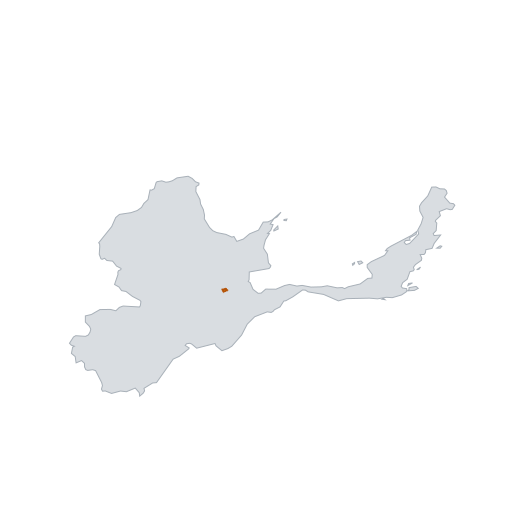 Bang Pahan, Phra Nakhon Si Ayutthaya, Thailand (highlighted), rotated 253°
{"feature_id": "78962969B12192393501307", "entity_name": "Bang Pahan", "entity_type": "district", "adm_level": 2, "iso_a3": "THA", "parent_name": "Thailand", "parent_adm1": "Phra Nakhon Si Ayutthaya", "projection": "robinson", "projection_center": [100.543, 14.478], "detail": "fine", "context": "in_parent", "style": "filled", "palette": "amber", "viewbox_px": 512, "rotation_deg": 253, "n_neighbors": 0, "source": "geoboundaries", "source_scale": "gbopen_adm2", "svg_char_len": 4684}
<svg xmlns="http://www.w3.org/2000/svg" viewBox="0 0 512 512"><g transform="rotate(253 256 256)"><path d="M222.4,54.0L222.8,55.9L224.7,53.3L227.1,52.1L231.9,57.8L232.5,60.3L229.0,69.5L229.5,72.6L231.8,75.1L234.4,76.6L237.3,76.2L242.7,73.5L248.6,75.3L248.2,81.4L250.4,91.1L247.5,101.1L244.6,106.0L246.8,110.3L247.0,114.3L241.3,129.7L242.4,130.9L246.0,132.6L247.5,132.1L253.5,126.0L260.1,121.3L262.2,117.3L266.4,115.9L270.1,112.4L278.7,118.6L281.0,119.2L282.1,120.2L282.5,122.8L283.6,123.3L287.1,119.7L293.0,117.4L295.3,112.1L298.1,110.5L297.8,107.9L298.7,106.9L303.5,106.6L310.8,109.4L313.4,110.0L314.6,109.4L326.3,126.6L333.8,133.1L335.7,137.6L334.0,149.1L334.2,155.7L335.9,160.7L339.1,164.2L341.5,169.2L350.2,174.0L349.5,175.3L350.1,178.4L355.5,182.0L356.0,183.2L355.4,187.9L352.9,191.4L352.4,194.3L352.4,197.9L353.8,203.3L352.1,214.4L348.9,217.6L344.7,219.8L342.4,222.8L340.7,222.1L339.9,219.0L335.2,217.3L326.3,218.9L321.9,218.2L315.9,219.2L310.1,218.7L306.6,217.4L296.9,219.9L292.8,222.1L289.9,225.3L285.5,233.5L281.1,238.5L281.1,240.6L275.6,241.9L275.9,248.9L279.1,256.4L280.0,266.0L286.3,272.8L285.1,277.5L285.8,282.1L290.6,292.7L287.2,287.7L286.5,284.2L282.4,278.9L281.0,281.5L276.2,277.6L274.2,273.6L273.5,275.4L268.7,269.8L263.9,266.8L261.2,265.5L254.4,267.4L245.8,265.9L242.4,267.4L241.1,266.4L240.2,264.8L242.7,244.9L235.2,242.4L233.9,241.1L232.3,242.6L225.0,243.4L219.7,247.1L219.0,250.1L221.5,255.6L218.4,265.4L219.4,274.7L219.0,279.8L215.3,286.3L214.4,291.5L210.2,299.5L207.4,309.5L206.7,315.4L201.8,324.3L200.6,329.3L198.9,331.2L199.6,335.2L198.8,347.4L201.9,356.3L201.0,360.4L204.4,361.8L212.5,359.0L215.2,359.8L216.9,364.6L219.0,379.1L222.4,383.6L223.2,381.4L224.8,383.7L226.0,388.0L230.3,411.0L232.5,416.9L229.9,415.4L228.5,408.2L226.1,407.9L227.0,403.4L225.5,401.7L223.1,403.0L223.1,406.6L229.5,418.0L233.5,418.3L238.6,423.4L244.1,427.1L251.0,425.8L255.8,426.9L258.6,430.0L263.2,437.8L270.5,444.2L269.4,448.3L266.5,451.5L265.0,455.8L263.0,457.1L260.2,457.1L257.2,453.5L249.9,456.8L248.3,460.1L246.4,461.0L243.2,457.3L243.5,455.2L245.5,452.1L244.9,444.2L240.6,444.1L237.6,438.2L236.7,437.6L234.6,438.5L227.6,435.7L225.6,432.0L223.5,432.3L222.1,438.7L216.0,430.1L211.8,426.6L212.4,420.3L209.5,418.9L208.3,417.1L209.4,413.4L205.4,413.9L203.5,412.9L201.2,406.0L199.3,403.3L196.7,403.3L195.8,402.0L196.0,398.6L189.6,393.8L187.6,388.4L184.5,385.9L182.6,386.7L180.7,390.5L179.2,390.3L177.8,389.2L176.2,383.8L176.3,374.2L178.4,368.6L179.5,359.7L182.5,352.2L188.7,330.3L189.0,321.7L199.5,309.4L206.5,295.3L208.9,293.3L209.9,290.6L206.2,279.3L204.5,271.4L204.8,269.4L200.3,264.1L199.2,257.9L198.0,256.0L197.6,254.0L199.3,250.4L198.3,237.0L193.4,227.7L184.6,219.1L176.8,206.5L175.7,202.1L175.4,195.7L181.8,191.5L184.3,191.2L185.2,172.3L190.7,168.7L191.9,167.1L192.4,163.9L191.2,162.1L187.6,165.2L186.9,164.5L182.5,153.4L181.6,146.6L164.0,123.8L164.8,120.0L162.2,110.2L159.6,110.0L157.9,108.2L156.0,103.8L159.4,104.4L165.0,101.9L164.1,92.4L166.5,86.9L166.8,77.7L171.0,72.4L171.6,69.7L173.9,69.3L177.0,71.3L180.2,71.4L193.3,69.1L195.0,66.6L195.8,61.6L197.1,60.0L200.1,59.6L203.5,60.6L207.0,58.6L206.4,52.7L212.7,53.7L216.8,51.0L222.4,54.0ZM181.0,393.1L180.1,400.2L177.6,401.7L176.8,397.5L178.3,390.9L179.0,392.4L181.0,393.1ZM220.9,351.5L220.5,355.0L218.3,356.1L217.7,352.2L220.9,351.5ZM275.7,280.6L278.4,285.6L275.3,285.1L274.7,280.4L275.7,280.6ZM211.0,436.5L209.6,434.4L210.7,431.1L211.9,435.1L211.0,436.5ZM185.1,393.9L184.5,397.8L183.3,392.5L185.1,393.9ZM221.0,348.4L219.8,348.0L218.8,345.8L220.3,345.8L221.0,348.4ZM195.9,405.6L197.3,410.1L195.7,408.0L195.9,405.6ZM282.7,293.5L282.3,296.4L280.9,295.3L281.8,293.1L282.7,293.5ZM178.1,365.5L176.5,366.6L177.8,363.9L178.1,365.5Z" fill="#d9dde1" stroke="#a8b0b8" stroke-width="1"/><path d="M231.5,217.9L231.8,217.9L231.8,218.0L231.9,217.9L232.0,217.9L232.1,218.0L232.3,218.0L232.4,217.9L232.5,217.9L232.5,218.0L232.6,217.9L232.8,217.9L233.0,217.9L233.3,217.9L233.3,217.7L233.3,217.4L233.4,217.2L233.5,217.2L233.8,217.1L233.8,216.9L233.6,216.7L233.4,216.6L233.2,216.5L233.3,216.4L233.3,216.2L233.2,216.2L233.2,215.9L233.3,215.9L233.4,215.7L233.5,215.7L233.4,215.4L233.5,215.4L233.6,215.2L233.8,215.0L233.8,214.9L233.9,214.7L233.8,214.4L233.7,214.3L233.7,214.2L233.8,214.1L233.9,213.9L233.7,213.8L233.4,213.9L233.2,214.0L232.9,214.1L232.8,214.3L232.7,214.4L232.6,214.5L232.4,214.6L232.2,214.5L231.9,214.7L231.7,214.5L231.8,214.5L231.8,214.4L231.7,214.3L231.6,214.5L231.5,214.8L231.5,215.0L231.4,215.0L231.3,215.3L231.2,215.4L231.2,215.5L231.3,215.7L231.3,215.8L231.3,216.1L231.3,216.4L231.4,216.5L231.5,216.6L231.6,216.8L231.7,217.0L231.6,217.3L231.6,217.6L231.5,217.9Z" fill="#f59e0b" stroke="#b45309" stroke-width="1.5"/></g></svg>